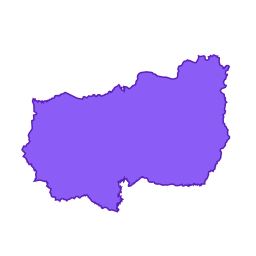 outline of Wichian Buri, Phetchabun, Thailand, rotated 8°
{"feature_id": "78962969B64397388555750", "entity_name": "Wichian Buri", "entity_type": "district", "adm_level": 2, "iso_a3": "THA", "parent_name": "Thailand", "parent_adm1": "Phetchabun", "projection": "natural_earth1", "projection_center": [101.036, 15.677], "detail": "fine", "context": "isolated", "style": "filled", "palette": "violet", "viewbox_px": 256, "rotation_deg": 8, "n_neighbors": 0, "source": "geoboundaries", "source_scale": "gbopen_adm2", "svg_char_len": 5853}
<svg xmlns="http://www.w3.org/2000/svg" viewBox="0 0 256 256"><g transform="rotate(8 128 128)"><path d="M30.1,112.3L29.7,114.7L31.7,118.5L32.6,124.5L35.6,126.3L35.1,127.5L32.7,128.4L33.6,132.4L33.3,133.5L32.3,133.7L31.7,134.4L33.3,141.9L30.6,147.8L30.4,149.3L31.6,151.7L31.7,153.8L32.7,154.7L31.6,157.1L30.5,157.8L29.6,159.5L29.4,160.6L27.3,160.4L26.1,164.1L26.6,165.0L30.0,167.4L28.2,170.8L31.0,172.1L32.0,173.7L32.4,173.6L32.8,174.6L32.7,175.5L33.6,175.7L35.1,177.9L37.1,177.1L37.7,177.3L37.5,178.8L40.0,180.6L41.1,183.1L41.6,183.3L42.3,182.5L43.3,183.8L43.4,185.1L43.0,186.4L44.1,190.4L43.2,191.2L43.4,192.2L42.7,193.6L48.0,191.8L52.7,192.5L54.6,192.1L54.8,192.9L55.4,193.0L55.4,193.5L55.9,193.3L56.3,194.0L55.6,196.8L57.3,197.1L57.2,197.9L60.2,199.0L59.7,202.9L60.4,203.0L61.6,206.1L62.7,206.8L65.9,206.7L66.2,209.4L68.7,208.7L70.7,209.9L71.0,208.2L72.6,207.2L73.5,207.0L74.5,207.7L76.0,207.5L77.5,208.6L78.2,207.5L81.0,206.0L81.6,204.9L83.5,204.9L84.6,205.4L86.3,202.9L88.3,203.0L88.9,203.7L90.0,203.9L91.8,201.9L93.2,201.4L93.8,200.5L94.4,200.9L94.9,200.5L95.3,201.0L96.5,200.0L97.8,200.7L98.4,202.2L99.6,202.6L102.2,205.4L104.0,206.2L105.5,206.2L105.4,206.8L105.9,207.3L106.7,206.8L107.8,207.7L108.6,207.6L109.1,208.1L109.7,207.7L110.2,209.0L112.2,208.9L112.4,209.9L112.9,209.9L113.0,210.7L113.6,211.1L114.2,211.1L114.3,210.6L115.3,210.3L115.6,209.8L117.3,209.8L118.6,210.1L120.3,211.7L121.8,211.9L123.3,211.2L129.1,212.3L129.1,211.5L129.9,211.2L130.2,210.2L128.6,208.7L128.4,209.7L127.9,209.4L128.2,207.0L127.9,206.3L129.1,206.2L129.2,205.7L129.1,205.2L128.9,205.6L127.8,205.4L127.8,204.1L128.2,203.8L128.5,204.4L129.5,203.4L129.8,204.0L130.5,204.2L130.6,203.6L130.1,203.2L130.9,202.2L130.8,201.6L131.3,201.5L130.6,200.4L131.5,200.3L131.9,200.8L131.9,199.7L132.6,199.3L130.4,198.3L130.4,196.9L130.1,197.2L129.4,196.5L128.5,196.4L127.8,197.4L127.5,197.1L127.9,196.2L127.6,195.2L128.5,195.0L127.9,194.1L129.1,193.1L129.1,192.4L130.1,192.7L129.9,191.8L129.1,191.1L129.7,189.5L129.3,188.9L129.6,187.7L128.8,188.2L128.6,187.2L128.2,187.9L127.1,186.7L126.4,183.5L125.7,182.6L127.1,182.0L127.9,183.0L128.8,181.6L128.0,181.0L129.0,180.3L129.4,180.8L130.3,179.7L131.0,180.1L130.5,180.7L131.1,181.8L131.6,180.6L131.1,178.9L131.5,178.7L131.5,178.0L132.2,179.1L133.8,178.4L134.1,179.6L134.7,179.7L134.7,180.3L137.0,182.0L136.4,184.6L136.6,185.3L137.2,184.9L137.3,185.4L139.1,184.7L139.8,183.8L139.8,183.0L141.4,182.5L141.4,181.5L142.2,181.5L143.8,179.1L144.0,179.4L146.4,177.1L147.1,175.6L147.7,175.5L148.2,174.6L149.2,174.9L149.5,174.3L151.0,175.2L153.8,175.0L154.9,176.2L155.5,177.7L157.1,178.6L160.5,178.0L161.5,178.1L162.1,179.0L163.1,179.4L163.4,179.1L164.7,179.6L166.5,179.0L170.7,179.8L172.0,179.2L174.7,179.1L178.2,177.7L181.1,177.3L182.6,178.3L183.9,178.4L186.9,177.7L189.3,176.3L190.0,177.7L191.4,177.5L192.8,176.5L194.0,176.5L196.0,177.2L195.9,176.4L196.4,177.0L197.2,175.5L197.8,176.1L200.3,174.8L200.7,175.2L201.1,174.0L201.6,174.5L202.0,174.1L202.6,174.8L203.3,174.4L204.6,174.9L205.1,173.9L206.5,174.4L207.1,174.2L207.6,174.5L207.5,175.0L208.4,174.6L208.6,173.9L208.1,173.6L208.8,173.0L209.3,173.2L211.8,172.7L211.4,170.3L212.1,169.2L212.1,168.0L212.8,167.8L213.5,166.4L214.3,162.8L213.9,161.6L214.1,160.1L215.7,159.5L216.2,158.4L218.4,159.0L218.5,157.4L219.6,156.7L219.8,155.2L219.3,154.2L220.0,153.5L219.7,151.8L221.2,150.8L220.9,149.0L222.6,147.7L223.9,144.9L223.9,139.4L223.4,138.4L222.3,137.9L222.8,135.7L225.1,134.5L226.8,131.8L226.6,129.3L227.8,127.9L227.9,126.6L229.9,124.0L229.6,122.3L228.2,121.5L227.3,120.1L227.5,119.3L227.0,117.6L227.4,116.2L226.2,115.2L224.9,113.1L223.8,112.7L223.0,110.4L221.8,109.8L220.9,106.2L221.3,103.7L220.2,101.5L221.7,100.4L222.2,98.2L222.0,97.4L221.0,96.8L221.1,89.6L222.1,88.8L220.4,87.4L220.5,86.7L219.8,85.9L220.4,85.1L218.9,83.2L218.6,81.5L215.0,79.5L214.2,78.1L215.3,76.0L218.7,74.2L219.3,72.6L219.3,72.2L217.6,72.0L216.2,69.7L216.6,67.4L217.2,66.3L217.8,66.2L218.1,63.6L219.0,61.5L218.9,61.1L217.9,61.6L217.0,61.0L216.8,58.5L217.4,57.5L218.7,57.0L219.7,53.2L218.8,52.3L217.2,52.4L216.2,53.1L215.9,54.4L214.8,54.6L214.9,55.7L213.9,55.6L213.8,54.7L212.2,53.3L210.3,52.9L208.9,49.4L208.7,45.9L206.7,45.6L206.7,44.4L205.1,44.5L202.9,43.7L202.3,44.0L201.5,45.4L199.6,44.8L199.1,46.1L197.8,46.3L198.7,48.4L197.4,49.7L196.1,49.9L194.9,49.3L194.3,46.8L193.3,46.0L189.4,47.3L187.8,46.8L188.2,48.4L187.6,51.0L186.2,53.9L184.0,53.9L179.5,52.6L178.6,52.9L177.5,52.3L176.0,53.7L174.5,54.1L173.7,55.1L172.3,58.9L170.1,59.5L169.5,60.7L169.2,62.7L170.3,64.5L169.6,67.0L170.1,70.4L168.9,72.0L166.5,73.1L164.6,73.4L159.0,72.4L155.9,72.8L150.5,72.5L148.5,72.0L148.4,71.4L147.2,70.9L145.6,70.9L144.6,69.9L143.6,69.7L138.2,69.9L133.0,71.4L131.1,72.8L130.3,74.7L130.3,76.4L130.8,77.6L130.3,79.8L129.7,80.1L129.4,83.9L126.5,85.8L125.2,87.8L123.5,89.0L121.1,87.6L118.0,87.5L118.0,88.3L119.0,88.0L118.7,88.9L118.3,89.0L119.2,89.5L118.7,90.4L119.2,91.2L119.1,92.1L118.6,91.5L116.9,91.4L115.7,90.1L116.1,89.8L116.0,88.7L115.0,89.3L115.0,88.9L114.3,88.7L113.9,87.3L112.9,86.4L111.8,88.1L109.7,89.3L108.6,90.8L108.5,91.9L107.8,92.3L106.9,94.6L105.9,95.1L105.9,94.5L104.8,94.2L103.9,94.9L104.0,95.3L102.7,97.3L100.9,97.6L99.8,99.1L98.8,99.1L97.5,100.1L95.7,99.7L95.5,99.0L94.5,99.4L93.8,99.2L92.7,100.4L92.7,101.0L91.8,101.3L90.9,100.8L90.4,99.8L88.8,100.0L88.6,101.1L86.7,101.9L84.6,101.7L83.3,103.8L80.1,103.0L79.3,103.7L79.0,105.8L73.5,105.6L60.9,101.5L58.9,103.1L56.8,104.0L56.3,104.3L56.4,105.0L55.4,105.8L54.9,105.5L51.5,106.1L50.8,107.4L50.9,108.3L50.4,108.7L48.3,109.3L48.2,110.0L47.4,110.5L46.2,110.7L46.0,111.5L44.2,113.0L44.2,112.2L42.9,113.0L42.2,112.6L41.6,112.9L40.5,113.8L40.7,114.6L40.0,114.5L39.6,113.6L39.3,114.1L38.9,113.8L38.8,114.4L38.5,113.9L35.5,113.4L35.0,114.8L34.2,114.0L32.4,113.5L32.2,112.9L31.9,113.5L31.5,112.6L31.1,113.1L30.1,112.3Z" fill="#8b5cf6" stroke="#5b21b6" stroke-width="1.5"/></g></svg>